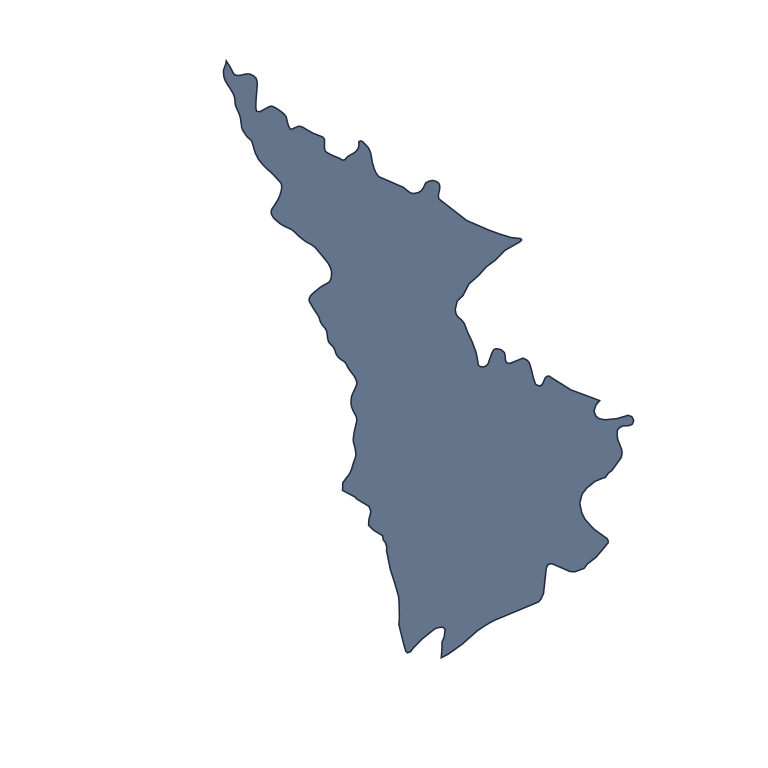 Pajapita, San Marcos, Guatemala, rotated 112°
{"feature_id": "79465075B67367283540012", "entity_name": "Pajapita", "entity_type": "district", "adm_level": 2, "iso_a3": "GTM", "parent_name": "Guatemala", "parent_adm1": "San Marcos", "projection": "mercator", "projection_center": [-92.076, 14.718], "detail": "fine", "context": "isolated", "style": "filled", "palette": "slate", "viewbox_px": 768, "rotation_deg": 112, "n_neighbors": 0, "source": "geoboundaries", "source_scale": "gbopen_adm2", "svg_char_len": 5043}
<svg xmlns="http://www.w3.org/2000/svg" viewBox="0 0 768 768"><g transform="rotate(112 384 384)"><path d="M143.5,651.3L146.5,650.6L149.4,650.5L151.1,650.5L152.7,650.4L154.2,650.0L155.7,649.4L158.5,647.9L160.5,646.5L162.3,644.8L165.0,641.3L167.9,637.0L169.4,635.0L171.8,632.1L173.6,630.5L175.4,629.2L177.3,628.3L179.9,627.0L181.9,625.6L184.3,623.2L187.9,619.4L189.6,618.0L191.6,616.5L195.7,614.2L199.7,611.9L202.3,609.3L203.4,607.6L205.0,605.3L206.3,602.9L206.8,601.3L207.4,599.8L208.2,597.9L210.1,596.2L212.0,594.7L216.5,591.2L218.3,589.6L220.0,587.6L222.5,584.8L223.9,582.4L226.5,577.6L228.9,571.9L229.9,568.6L231.2,565.4L232.6,562.5L233.9,559.8L235.4,556.5L236.4,554.9L237.6,553.7L239.6,552.7L241.8,552.0L244.5,551.6L248.8,551.2L252.6,551.4L257.6,552.2L260.8,552.8L262.6,553.3L264.3,553.5L265.7,553.4L267.7,552.7L269.4,551.3L271.5,548.4L272.7,545.4L274.3,540.4L275.0,536.1L275.4,528.0L275.9,525.9L276.8,523.1L278.8,518.7L280.2,514.0L281.2,510.0L281.6,507.3L282.0,503.7L282.6,500.9L283.0,499.3L285.6,494.5L288.1,489.8L289.9,486.5L291.2,484.1L293.0,481.0L294.8,478.9L296.5,477.0L299.5,474.7L301.3,474.0L305.6,472.7L308.4,472.7L310.2,473.2L312.1,474.5L313.1,475.5L315.1,477.1L316.8,478.4L319.5,480.1L322.4,481.6L325.8,483.5L328.3,484.7L330.0,485.3L332.9,485.4L334.9,484.6L335.9,483.6L336.8,482.4L339.9,478.5L341.6,476.1L342.8,474.5L343.9,472.7L345.5,470.4L347.6,468.4L349.8,466.6L351.0,465.3L352.7,462.9L353.4,461.4L354.1,460.0L355.7,457.8L357.1,456.6L360.0,454.9L362.6,453.5L365.7,451.2L366.9,449.2L368.0,446.5L368.7,444.8L369.7,443.7L371.2,442.1L373.4,440.4L374.9,438.7L376.3,436.4L377.4,433.3L378.0,430.1L378.5,428.4L379.4,426.8L382.4,423.4L385.4,418.9L387.6,415.0L389.3,412.8L391.2,411.0L393.0,409.6L394.5,409.2L398.9,409.1L402.9,409.4L407.1,409.5L409.5,409.0L413.6,407.7L416.9,405.8L420.0,403.1L421.9,400.8L423.9,398.3L425.2,397.2L427.0,396.0L429.3,395.3L434.9,394.4L438.5,393.9L443.7,392.7L447.5,391.6L450.0,390.1L452.8,387.9L456.3,385.6L459.2,384.0L460.9,383.3L463.3,382.9L467.6,382.9L474.8,382.2L478.7,382.2L481.8,382.7L484.6,383.6L490.9,385.2L495.9,383.4L498.2,382.7L499.7,368.2L500.9,366.3L503.1,352.1L507.1,348.4L515.0,347.3L520.8,345.4L523.5,338.9L525.2,328.6L528.9,326.2L530.3,323.6L534.3,320.2L537.3,319.4L539.0,318.3L545.8,313.8L547.5,312.7L554.2,308.2L564.9,299.2L575.4,291.0L581.3,288.0L595.9,281.8L601.5,280.1L618.5,267.8L623.6,263.7L624.5,261.5L622.3,259.1L618.5,258.2L606.3,253.2L593.7,246.2L590.5,243.9L587.4,238.5L588.6,235.4L595.9,233.5L601.7,233.5L608.0,231.0L616.4,228.4L610.5,223.3L595.7,213.9L578.0,205.1L571.6,200.8L564.8,195.7L561.5,192.9L528.2,159.1L524.8,157.9L518.5,157.6L494.1,164.5L490.2,164.4L487.7,161.3L488.2,141.3L486.7,136.8L480.0,129.4L474.9,128.1L465.2,122.5L452.3,118.2L449.5,117.5L448.1,116.8L446.6,116.7L444.8,118.0L443.8,119.1L440.1,134.3L437.3,140.7L434.0,147.1L429.2,152.5L421.3,157.8L412.0,159.1L404.3,156.9L395.0,151.7L389.2,145.7L387.8,143.8L382.7,142.6L378.5,140.2L363.6,136.5L360.6,136.9L357.9,137.8L355.7,139.1L347.6,146.7L344.9,148.2L342.2,149.3L339.1,150.3L335.7,148.9L333.2,146.5L332.3,144.2L330.6,140.9L328.6,138.9L326.1,138.5L323.8,139.1L321.4,142.1L321.6,146.0L328.8,155.0L334.2,165.3L335.0,168.4L335.5,172.2L334.1,175.9L330.5,179.1L324.2,179.6L318.6,177.8L319.4,208.6L314.8,234.1L315.8,235.7L317.6,236.8L324.8,237.1L327.2,238.3L327.8,241.8L327.3,243.5L325.4,245.2L322.4,247.8L316.8,251.7L311.8,255.5L310.4,256.8L309.1,258.4L308.5,259.8L308.1,261.5L307.9,264.8L315.6,272.8L316.7,273.9L318.0,275.5L318.3,277.7L317.6,279.2L316.5,280.2L312.7,282.1L309.8,284.0L308.3,288.2L309.1,292.9L310.5,294.9L314.4,295.6L326.8,295.1L329.1,296.3L330.7,297.8L331.7,300.3L331.6,302.3L331.0,303.7L325.6,306.9L320.0,310.6L311.5,318.4L304.7,325.8L297.9,332.1L296.3,334.7L295.2,337.0L294.6,339.1L293.2,342.0L291.7,343.7L288.3,345.8L279.8,347.2L272.4,343.9L259.4,342.7L247.8,336.9L237.1,333.0L227.5,327.2L214.6,321.8L202.2,311.9L200.5,310.8L198.8,310.3L198.0,311.9L200.6,321.1L201.6,332.9L202.0,344.9L201.4,368.6L192.3,400.7L191.7,402.4L190.2,403.6L186.9,404.7L183.6,405.1L180.2,406.1L178.1,407.5L177.1,408.8L176.6,411.9L177.0,415.1L179.0,418.2L181.9,420.7L186.5,420.9L190.5,421.7L193.4,423.6L195.6,426.8L196.6,428.8L196.8,431.4L195.7,435.8L194.4,439.5L193.7,466.6L191.0,470.8L188.3,473.5L182.9,477.8L178.2,480.7L174.9,482.8L172.1,485.5L170.2,488.0L167.3,494.5L167.4,497.0L168.9,498.1L171.6,496.9L173.5,496.3L175.4,496.4L178.1,496.8L179.9,497.7L182.1,499.3L184.5,501.2L186.6,502.8L189.0,503.8L190.7,504.3L192.0,506.2L191.4,509.6L191.4,516.0L191.2,520.1L190.8,523.1L190.2,525.6L187.5,527.6L179.8,530.6L178.4,532.1L177.9,533.9L178.1,543.1L177.3,549.5L176.4,555.2L176.5,558.6L177.2,560.0L180.9,563.7L182.3,565.0L182.8,566.3L180.1,569.6L172.9,574.8L171.8,576.5L170.7,579.0L170.1,581.0L168.8,586.4L168.3,590.7L168.6,592.7L170.0,594.5L178.2,601.3L178.8,604.3L176.5,606.0L171.9,607.9L163.0,610.8L154.3,613.5L151.3,614.9L148.6,616.9L147.2,619.9L146.8,624.4L147.7,627.0L149.8,630.4L151.8,633.2L153.1,636.2L153.0,638.7L152.1,640.3L147.8,645.3L143.5,651.3Z" fill="#64748b" stroke="#1e293b" stroke-width="1.5"/></g></svg>